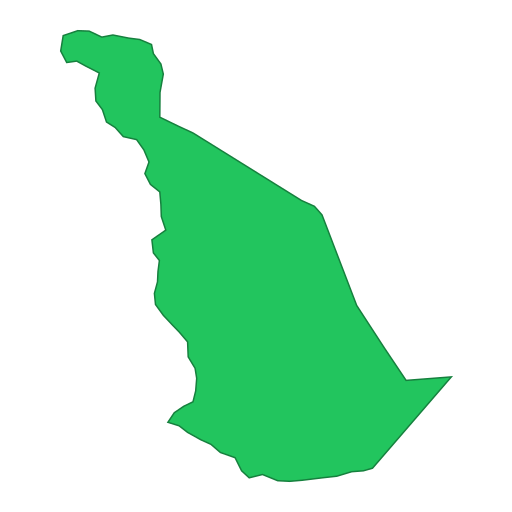 Nova Olinda, Paraíba, Brazil
{"feature_id": "56859067B38165704996968", "entity_name": "Nova Olinda", "entity_type": "district", "adm_level": 2, "iso_a3": "BRA", "parent_name": "Brazil", "parent_adm1": "Paraíba", "projection": "orthographic", "projection_center": [-38.038, -7.461], "detail": "fine", "context": "isolated", "style": "filled", "palette": "green", "viewbox_px": 512, "rotation_deg": 0, "n_neighbors": 0, "source": "geoboundaries", "source_scale": "gbopen_adm2", "svg_char_len": 1052}
<svg xmlns="http://www.w3.org/2000/svg" viewBox="0 0 512 512"><path d="M451.3,376.9L406.1,380.4L384.3,347.9L356.7,305.5L322.0,214.9L314.4,206.3L301.5,200.5L193.2,133.1L177.7,125.9L159.8,117.2L160.0,92.4L163.3,74.1L160.9,64.0L153.4,53.7L151.5,44.5L139.7,39.5L128.7,38.1L112.9,35.0L101.8,37.1L89.1,31.1L77.7,30.7L63.2,35.6L60.7,51.0L66.7,62.5L76.7,61.1L86.0,66.2L99.3,73.0L95.1,88.2L95.9,101.0L102.4,109.6L106.5,122.0L115.2,127.5L123.3,136.6L136.6,139.6L143.9,149.9L149.0,162.0L144.9,173.6L150.5,184.5L159.8,191.9L160.9,204.4L161.3,216.5L165.8,230.1L151.9,239.8L153.4,252.9L159.4,260.5L158.0,271.4L157.5,281.9L154.4,293.4L155.5,304.5L163.4,315.4L172.7,325.3L179.1,331.9L187.6,341.9L188.2,356.9L195.1,368.3L196.7,378.3L195.7,390.9L193.0,401.8L183.7,406.3L174.3,412.7L167.9,422.3L179.1,425.8L187.6,432.4L200.9,439.8L210.9,444.3L220.4,452.5L235.1,457.7L241.6,470.8L249.2,477.8L262.5,474.5L277.7,480.7L289.7,481.3L301.7,480.3L322.3,477.8L336.8,476.2L351.7,471.7L363.4,470.8L372.5,468.2L451.3,376.9Z" fill="#22c55e" stroke="#15803d" stroke-width="1.5"/></svg>